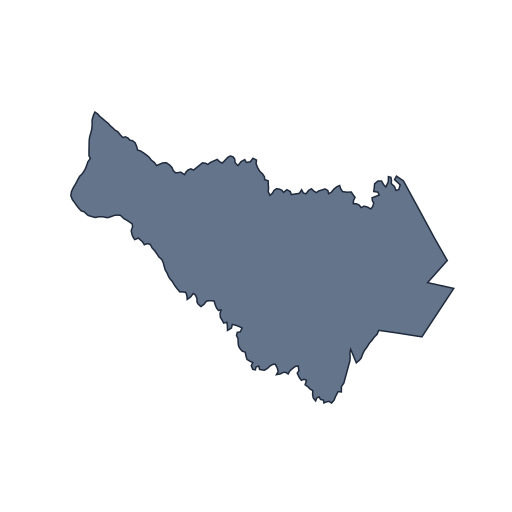 outline of Nossa Senhora da Glória, Sergipe, Brazil, rotated 18°
{"feature_id": "56859067B27700836556766", "entity_name": "Nossa Senhora da Glória", "entity_type": "district", "adm_level": 2, "iso_a3": "BRA", "parent_name": "Brazil", "parent_adm1": "Sergipe", "projection": "natural_earth1", "projection_center": [-37.571, -10.185], "detail": "fine", "context": "isolated", "style": "filled", "palette": "slate", "viewbox_px": 512, "rotation_deg": 18, "n_neighbors": 0, "source": "geoboundaries", "source_scale": "gbopen_adm2", "svg_char_len": 4083}
<svg xmlns="http://www.w3.org/2000/svg" viewBox="0 0 512 512"><g transform="rotate(18 256 256)"><path d="M216.1,319.8L219.3,321.1L221.6,317.8L222.7,314.4L225.7,312.8L230.0,311.7L232.3,315.0L234.5,317.6L237.1,319.4L239.4,318.1L239.6,321.8L241.1,325.4L243.6,327.5L246.0,329.8L248.7,328.1L250.3,331.1L251.9,335.6L254.9,332.1L254.6,328.4L258.7,328.1L261.9,328.3L265.0,328.8L264.5,333.0L261.8,334.4L262.0,337.6L264.5,340.2L265.9,344.3L267.2,346.9L269.2,348.9L272.1,350.7L275.5,350.8L277.0,353.7L279.4,357.1L283.0,358.0L285.9,358.3L285.4,361.8L287.9,364.8L290.6,364.5L290.3,361.5L292.6,359.9L294.5,362.8L299.3,362.1L301.8,359.1L303.1,356.6L305.4,354.0L307.6,352.9L310.7,355.8L312.8,359.0L312.1,362.5L315.6,360.6L318.1,358.1L320.6,357.5L323.0,358.3L323.7,354.9L325.5,351.7L327.8,348.6L330.2,347.6L332.2,351.9L331.4,354.7L334.8,358.3L337.6,360.2L339.8,358.4L342.4,358.6L342.5,363.3L345.9,364.4L348.5,365.8L351.6,366.5L352.6,370.2L354.3,373.3L357.5,375.4L357.6,372.3L359.5,370.5L361.8,372.5L364.7,372.2L366.0,374.8L368.1,372.9L370.3,371.7L373.3,372.5L374.8,369.0L375.1,364.9L376.0,359.6L379.2,358.9L377.6,353.8L378.8,349.7L377.7,326.6L377.0,323.8L375.2,318.9L374.9,315.5L384.4,326.6L386.4,323.4L387.6,320.6L387.7,316.9L388.3,312.3L389.7,308.4L390.8,303.7L392.5,300.0L393.4,296.9L395.3,293.2L395.7,288.8L414.5,285.5L435.3,282.2L438.8,281.6L440.4,275.6L454.1,225.7L427.4,228.3L439.3,201.2L420.3,183.9L396.6,161.3L373.0,139.0L364.9,136.6L364.2,140.6L367.6,142.1L371.1,143.8L371.3,148.7L368.9,150.4L366.3,147.2L362.3,145.3L361.5,142.3L360.0,139.5L357.4,139.6L358.9,144.6L358.1,150.2L355.6,148.9L352.2,145.9L348.8,147.0L346.5,150.7L347.6,155.6L348.0,158.3L352.2,157.6L354.3,160.0L351.2,162.5L348.4,164.8L349.6,167.5L351.6,169.2L351.7,172.9L350.6,175.8L347.0,175.0L343.4,175.2L341.0,177.5L338.5,175.7L335.5,175.3L332.3,176.1L331.6,172.9L332.1,169.7L329.7,168.0L326.8,165.7L322.9,167.2L318.4,168.0L315.5,165.6L313.8,163.1L311.6,165.0L309.4,168.3L307.9,172.2L305.8,174.3L304.1,171.5L300.9,170.9L297.9,173.1L295.6,174.7L293.8,177.1L290.7,176.3L288.0,174.9L285.8,177.3L284.3,181.4L281.6,181.5L278.9,178.9L277.9,183.0L275.3,184.3L272.9,185.5L270.6,186.7L268.7,184.1L264.9,183.4L262.5,187.0L260.2,185.4L257.5,185.2L254.8,185.6L252.9,188.0L252.2,191.3L250.5,194.0L247.7,191.0L246.9,187.3L245.6,184.3L244.3,180.7L240.6,180.6L239.6,178.1L236.9,175.9L233.4,174.3L230.2,171.4L227.6,168.3L226.8,164.6L222.9,164.0L221.4,168.2L217.9,170.0L215.5,167.8L212.6,170.9L210.9,175.6L207.4,173.8L205.6,170.1L203.5,168.8L200.7,168.8L198.8,170.7L197.6,173.2L195.2,178.1L192.0,177.5L189.3,176.1L186.5,178.6L183.8,181.0L181.9,183.8L179.4,183.4L176.3,183.9L173.5,188.3L171.5,191.3L170.0,193.6L167.2,193.2L164.8,195.1L163.5,197.7L162.9,200.7L158.6,199.5L154.0,201.8L151.0,200.4L148.9,197.9L145.9,196.2L141.9,195.0L138.7,196.2L136.2,198.3L133.5,200.7L130.5,198.5L126.9,197.2L123.8,195.1L120.9,193.9L117.0,192.6L113.3,191.7L110.7,191.9L108.5,188.5L106.0,185.6L102.9,184.5L100.1,184.8L98.0,183.4L95.0,183.0L92.7,184.5L89.5,182.7L86.1,180.5L82.9,179.8L79.9,178.3L77.2,177.2L74.4,175.5L71.3,174.4L67.9,172.9L64.2,171.5L61.5,169.8L58.3,168.9L57.9,172.4L58.1,177.4L59.8,182.4L60.6,186.1L60.9,191.1L61.0,194.2L61.6,197.5L62.8,201.5L64.7,207.8L66.2,212.3L68.3,214.5L67.0,218.5L67.0,222.0L66.7,226.4L65.4,231.4L63.7,234.6L63.1,237.5L62.1,243.3L61.1,247.6L60.6,251.7L61.2,255.7L64.0,259.2L66.7,261.0L69.0,262.8L72.1,265.0L75.8,267.1L79.2,267.1L81.4,268.3L83.8,269.3L87.9,269.2L91.4,269.0L94.2,267.3L98.3,266.0L102.9,265.5L105.8,263.5L108.5,261.3L111.3,260.0L114.5,259.2L116.8,260.3L119.2,261.4L121.7,261.8L124.3,262.5L128.3,263.7L129.6,266.4L129.5,270.5L131.4,273.8L133.1,275.9L135.6,277.9L138.6,275.3L141.0,276.4L143.7,277.6L146.3,279.8L149.1,277.7L151.9,277.7L154.8,280.5L158.0,282.3L161.0,284.5L163.9,286.9L167.7,288.6L169.8,291.0L172.0,294.4L173.9,297.2L176.8,299.8L179.4,302.8L181.7,304.6L184.4,306.2L186.9,308.4L189.6,310.5L192.3,312.2L194.6,313.7L197.4,312.8L200.5,312.3L202.7,315.4L204.0,318.6L206.5,315.1L207.9,311.0L210.5,311.9L213.0,314.7L214.1,318.0L216.1,319.8Z" fill="#64748b" stroke="#1e293b" stroke-width="1.5"/></g></svg>